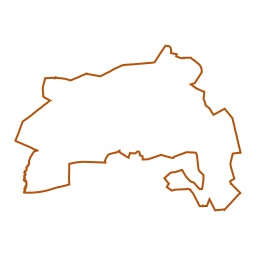 Mērdzenes pag., Karsavas, Latvia
{"feature_id": "27541924B39657659213866", "entity_name": "Mērdzenes pag.", "entity_type": "district", "adm_level": 2, "iso_a3": "LVA", "parent_name": "Latvia", "parent_adm1": "Karsavas", "projection": "orthographic", "projection_center": [27.72, 56.696], "detail": "fine", "context": "isolated", "style": "outline", "palette": "amber", "viewbox_px": 256, "rotation_deg": 0, "n_neighbors": 0, "source": "geoboundaries", "source_scale": "gbopen_adm2", "svg_char_len": 5225}
<svg xmlns="http://www.w3.org/2000/svg" viewBox="0 0 256 256"><path d="M165.5,45.7L165.2,46.1L159.7,54.3L154.5,62.4L150.0,62.9L134.3,64.2L134.1,64.3L129.5,64.5L128.9,64.7L128.3,64.6L124.0,65.0L122.4,65.3L120.0,66.3L118.6,67.0L114.0,69.1L109.5,71.8L107.7,72.5L100.4,76.3L86.2,73.8L86.2,73.7L76.0,78.2L74.8,78.6L70.8,80.4L68.0,79.7L65.2,78.8L61.5,78.3L59.4,78.2L56.7,77.8L55.7,77.2L55.4,77.7L55.3,78.2L54.5,78.4L53.7,77.8L45.2,78.2L44.1,82.3L43.3,85.5L42.7,88.4L43.4,96.8L45.1,97.8L45.4,98.0L50.0,100.5L49.5,100.7L49.0,101.2L48.5,101.7L46.9,103.1L43.4,105.5L41.7,107.1L40.6,108.0L37.8,110.0L33.0,113.9L32.5,114.4L28.9,117.2L25.1,119.8L22.7,121.6L20.8,126.6L18.6,132.8L15.4,140.7L16.3,141.3L31.0,147.6L33.5,149.1L37.3,150.4L37.4,150.5L35.3,151.1L34.7,151.3L34.1,151.7L33.8,151.9L33.4,152.5L33.2,152.8L33.0,153.0L32.8,153.3L32.7,153.6L32.6,153.8L32.4,154.0L32.1,154.4L32.0,154.7L31.8,154.9L31.6,155.4L31.4,155.7L31.2,156.1L30.5,157.0L30.4,157.1L30.4,157.3L30.0,158.6L29.9,158.9L29.5,159.7L29.1,160.6L29.0,161.3L29.0,162.5L29.2,163.2L29.1,163.5L28.7,163.9L28.6,164.2L28.6,164.4L28.7,164.7L28.5,165.2L28.5,165.4L28.4,165.5L27.7,165.5L27.4,165.7L27.5,166.2L27.5,166.4L27.4,166.6L26.7,167.2L26.2,167.8L26.2,168.0L26.3,168.1L26.7,168.6L26.8,168.9L26.7,169.2L26.5,170.0L26.4,170.3L26.1,170.6L25.5,170.6L24.8,171.2L24.7,171.7L24.3,172.3L24.5,172.5L25.1,172.3L25.1,172.5L24.9,172.8L24.9,173.0L24.6,173.2L24.6,173.6L24.7,173.8L25.3,173.8L25.4,174.0L25.5,174.1L25.4,174.6L25.4,175.2L25.2,175.3L24.5,175.4L24.4,175.4L24.3,175.6L24.2,175.9L24.2,176.6L24.3,176.7L24.5,176.6L24.7,177.0L24.7,177.3L24.3,177.7L24.3,177.9L24.3,178.0L24.6,178.2L24.8,178.4L25.0,178.6L24.9,178.9L24.8,179.0L24.4,178.9L24.2,179.1L23.7,179.9L23.7,180.0L23.8,180.1L24.0,180.0L24.3,180.6L24.8,181.1L25.2,181.1L25.9,180.9L26.0,180.9L26.3,181.2L26.3,181.3L26.2,181.4L26.1,181.9L26.2,182.0L26.3,182.1L26.4,182.3L26.3,182.5L26.3,183.0L26.4,183.3L26.7,183.9L26.7,184.3L26.6,184.5L26.1,185.2L26.0,185.5L26.3,186.1L26.3,186.6L26.2,186.7L26.1,186.9L25.8,186.9L25.6,186.8L25.6,186.7L25.5,186.4L25.4,186.4L25.4,187.1L25.4,187.5L25.5,187.7L25.4,188.2L25.4,188.3L25.0,188.2L24.8,188.2L24.4,188.5L24.3,188.9L25.0,189.6L25.2,190.0L24.9,190.7L24.7,190.7L24.6,190.8L24.4,191.0L24.2,191.3L24.1,191.9L24.1,192.2L24.0,192.4L24.1,192.6L31.7,192.7L39.6,192.0L47.0,190.5L50.2,189.6L53.1,188.7L55.4,187.9L63.2,186.1L69.3,184.5L69.4,184.4L69.2,182.9L69.1,180.6L69.0,175.9L69.1,175.7L69.3,163.9L71.5,163.4L75.9,162.5L77.1,162.3L81.3,161.9L83.9,161.8L92.7,162.1L105.4,162.6L105.1,161.3L105.0,160.9L105.6,159.0L106.7,157.0L107.8,155.3L107.9,155.1L109.6,154.0L110.3,153.9L115.3,152.5L115.5,152.6L115.9,152.8L116.0,152.8L119.5,150.7L119.7,152.1L119.7,152.3L120.3,152.7L125.0,155.6L125.3,155.9L126.8,156.8L128.6,157.7L128.7,157.1L129.0,156.0L130.0,153.0L130.6,153.2L135.5,153.4L136.9,151.8L138.5,151.6L138.8,151.5L139.0,151.8L140.0,154.0L140.1,155.5L142.5,156.1L142.6,157.2L142.7,159.5L148.1,159.3L161.3,154.8L162.7,155.4L162.8,155.4L163.0,155.4L163.7,155.7L165.3,156.1L165.7,156.2L170.5,157.5L173.1,158.0L174.1,156.8L186.1,152.3L188.4,152.2L191.6,152.5L191.8,152.5L192.0,152.4L195.7,152.7L196.0,153.1L196.2,153.5L196.9,155.0L197.4,159.9L198.3,167.5L198.6,169.9L199.7,171.4L203.4,174.9L203.5,177.1L203.4,180.6L202.5,186.2L202.2,188.8L201.7,189.2L199.9,188.9L199.6,188.7L199.5,188.9L198.4,188.0L193.9,182.6L190.7,181.6L187.5,178.3L186.0,176.6L182.1,170.0L181.7,170.0L175.9,171.9L170.5,172.7L169.6,173.6L166.2,176.6L164.4,178.2L168.9,183.8L168.0,185.0L166.8,187.1L167.6,187.6L170.0,189.3L171.6,190.6L172.8,190.2L173.1,190.2L175.5,189.6L178.6,189.5L185.7,189.2L187.3,188.8L190.2,189.6L190.0,189.9L190.1,190.0L192.8,193.0L193.0,193.2L193.5,194.2L193.5,194.3L194.2,195.5L195.6,198.4L195.8,198.6L197.3,201.6L197.8,202.2L197.7,202.3L198.3,203.7L199.6,206.1L202.1,206.2L203.9,206.1L203.8,205.9L204.1,206.0L204.3,206.0L206.9,206.0L208.2,202.5L208.7,201.0L209.5,199.2L212.4,205.0L215.1,210.3L223.6,209.5L223.8,209.4L224.4,209.9L234.8,198.6L235.1,198.3L239.2,193.8L239.9,193.4L240.3,193.2L240.0,192.6L239.6,192.2L237.2,189.9L231.8,184.4L231.6,184.3L231.5,184.0L231.2,183.9L231.3,183.8L231.2,183.6L231.0,183.3L230.2,182.0L230.3,181.6L230.3,180.9L234.3,178.9L234.2,178.2L233.7,176.6L232.7,173.2L230.9,167.1L230.7,165.9L230.4,163.4L230.6,162.7L232.7,153.7L232.8,153.6L239.4,152.7L239.4,152.8L240.6,152.7L238.5,144.1L236.5,135.3L234.7,128.1L234.5,126.8L232.4,118.2L224.7,108.7L213.6,114.8L212.3,113.0L211.2,111.4L211.0,111.0L210.6,110.2L209.9,108.8L208.8,107.8L205.6,105.3L205.2,102.8L204.9,102.3L204.8,101.9L204.5,101.1L203.6,99.1L203.5,98.8L203.6,98.5L203.7,98.3L203.7,97.9L203.8,97.4L203.7,97.1L203.9,96.6L203.9,95.8L204.1,94.5L204.1,94.2L204.3,92.2L204.2,91.6L203.3,91.6L198.9,89.5L198.7,89.4L198.4,89.3L196.3,88.3L196.0,88.3L195.7,88.0L195.7,87.8L194.6,87.1L194.4,87.0L192.0,85.2L190.8,84.4L194.7,83.2L201.8,72.2L201.7,71.1L201.6,70.5L201.6,69.4L200.9,66.9L199.6,64.9L198.0,63.4L197.8,63.4L195.5,61.4L194.8,60.9L194.6,60.7L194.2,60.6L194.1,60.4L194.0,60.2L193.9,60.2L190.6,57.8L190.6,57.7L183.9,57.8L183.9,58.1L181.3,58.2L177.8,57.0L176.2,56.2L176.7,54.6L176.7,54.2L171.1,53.1L171.0,52.9L171.1,50.2L171.1,49.9L171.1,49.7L170.4,47.4L168.9,46.1L165.5,45.7Z" fill="none" stroke="#b45309" stroke-width="2"/></svg>